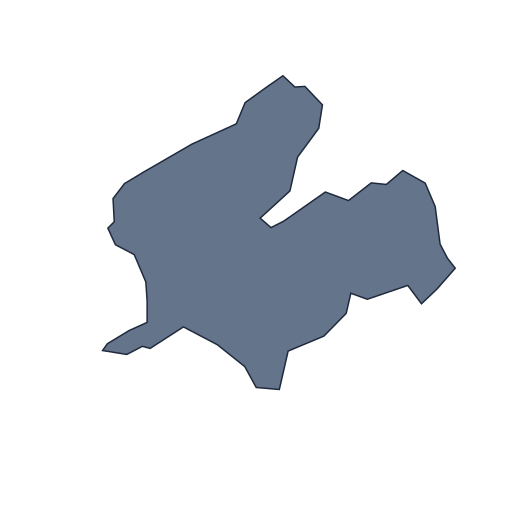 the district of Tashlak, Ferghana, Uzbekistan, rotated 54°
{"feature_id": "79887680B62642842050546", "entity_name": "Tashlak", "entity_type": "district", "adm_level": 2, "iso_a3": "UZB", "parent_name": "Uzbekistan", "parent_adm1": "Ferghana", "projection": "natural_earth1", "projection_center": [71.832, 40.543], "detail": "fine", "context": "isolated", "style": "filled", "palette": "slate", "viewbox_px": 512, "rotation_deg": 54, "n_neighbors": 0, "source": "geoboundaries", "source_scale": "gbopen_adm2", "svg_char_len": 815}
<svg xmlns="http://www.w3.org/2000/svg" viewBox="0 0 512 512"><g transform="rotate(54 256 256)"><path d="M259.7,418.4L262.3,401.0L268.5,396.0L270.7,356.4L305.1,339.4L338.9,330.1L362.5,333.1L377.7,315.6L351.8,285.9L360.7,248.0L355.4,216.7L341.9,201.2L356.4,191.4L369.0,150.5L391.9,150.2L389.1,129.0L383.0,102.0L370.3,102.4L354.6,100.1L321.4,82.0L296.5,76.3L273.1,87.0L274.7,108.5L264.6,119.8L265.5,148.6L245.0,162.3L244.1,213.0L241.8,227.2L227.8,230.4L223.3,190.3L200.4,164.2L189.6,130.2L172.8,113.4L147.5,116.8L142.2,125.2L126.0,128.3L125.6,147.0L125.5,174.6L137.5,194.3L127.8,242.1L122.0,297.9L120.1,319.8L125.5,337.9L144.9,350.5L146.4,359.5L164.3,363.1L183.3,353.7L212.3,360.4L228.5,370.6L245.7,383.1L241.7,402.6L239.6,427.8L242.3,435.7L259.7,418.4Z" fill="#64748b" stroke="#1e293b" stroke-width="1.5"/></g></svg>